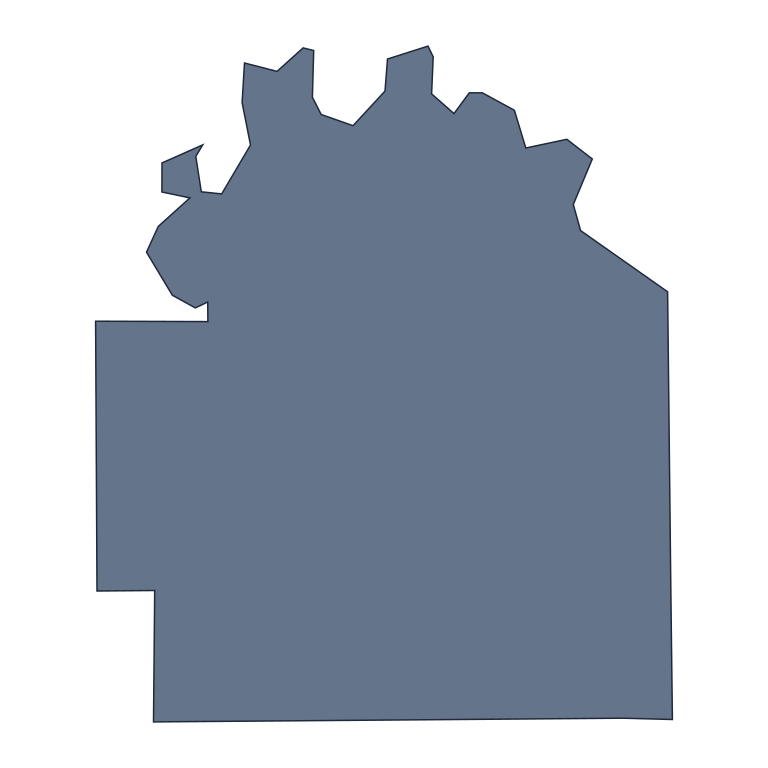 the district of Lowndes, Alabama, United States of America
{"feature_id": "52423323B13549110095678", "entity_name": "Lowndes", "entity_type": "district", "adm_level": 2, "iso_a3": "USA", "parent_name": "United States of America", "parent_adm1": "Alabama", "projection": "equal_earth", "projection_center": [-86.677, 32.184], "detail": "fine", "context": "isolated", "style": "filled", "palette": "slate", "viewbox_px": 768, "rotation_deg": 0, "n_neighbors": 0, "source": "geoboundaries", "source_scale": "gbopen_adm2", "svg_char_len": 682}
<svg xmlns="http://www.w3.org/2000/svg" viewBox="0 0 768 768"><path d="M622.8,718.2L672.4,719.5L670.8,586.8L668.2,345.6L668.2,344.1L667.6,291.8L580.6,230.6L573.3,204.5L592.3,159.0L566.8,139.3L525.8,148.0L514.4,110.3L482.3,92.8L469.3,92.8L454.0,113.6L431.6,93.9L433.2,56.9L428.0,46.1L387.5,59.0L385.0,91.1L353.0,125.7L321.2,114.5L312.4,97.3L313.7,50.5L303.1,47.9L277.0,71.4L244.5,63.0L242.1,102.6L250.5,145.0L221.7,193.9L201.3,191.8L195.8,156.4L202.7,144.9L162.0,162.9L161.9,192.0L189.9,197.9L158.3,226.4L146.5,252.2L172.4,295.3L195.3,307.9L207.7,302.0L207.9,321.6L95.6,321.2L97.0,591.0L154.7,590.5L153.5,721.9L622.8,718.2Z" fill="#64748b" stroke="#1e293b" stroke-width="1.5"/></svg>